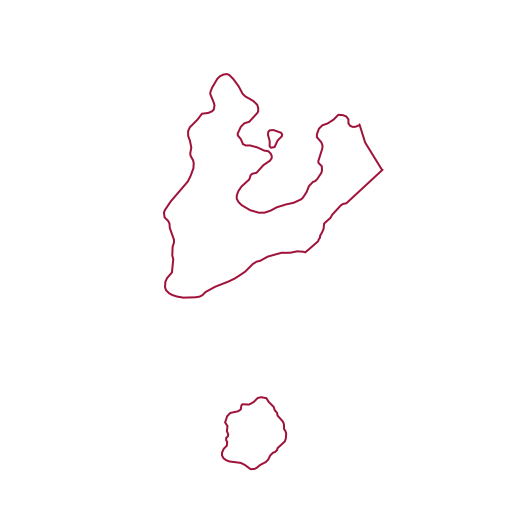 outline of Rabaul District, East New Britain, Papua New Guinea, rotated 225°
{"feature_id": "67681753B57084390213157", "entity_name": "Rabaul District", "entity_type": "district", "adm_level": 2, "iso_a3": "PNG", "parent_name": "Papua New Guinea", "parent_adm1": "East New Britain", "projection": "albers", "projection_center": [152.151, -4.184], "detail": "fine", "context": "isolated", "style": "outline", "palette": "rose", "viewbox_px": 512, "rotation_deg": 225, "n_neighbors": 0, "source": "geoboundaries", "source_scale": "gbopen_adm2", "svg_char_len": 2969}
<svg xmlns="http://www.w3.org/2000/svg" viewBox="0 0 512 512"><g transform="rotate(225 256 256)"><path d="M275.6,422.0L275.6,421.0L277.1,417.6L279.0,415.6L281.5,414.6L284.4,415.1L287.3,418.0L290.8,418.5L294.2,417.0L297.6,414.1L297.6,407.2L299.1,400.3L301.5,395.4L301.5,390.5L299.0,385.1L297.0,383.1L290.2,382.6L287.2,381.2L285.3,379.2L278.9,366.9L277.4,366.0L273.0,366.0L270.1,363.5L268.6,361.1L267.1,353.7L267.1,350.7L268.1,348.8L268.0,342.9L265.5,337.2L264.1,330.6L264.1,328.1L267.0,320.3L271.4,313.4L275.8,305.0L277.7,298.6L277.8,298.3L278.6,296.7L280.6,292.7L280.9,292.4L284.5,288.7L292.4,284.3L302.1,281.8L306.5,281.8L310.0,282.8L312.4,285.2L314.4,289.6L315.4,295.0L314.9,305.4L316.9,309.3L316.9,311.3L314.5,315.2L315.0,325.5L313.5,333.4L313.8,334.7L314.1,336.3L315.5,337.8L318.0,338.8L321.4,338.8L324.8,336.3L331.7,333.8L338.5,329.9L339.3,329.0L341.4,326.9L344.4,325.9L345.1,326.2L349.3,327.9L354.2,328.4L355.6,329.8L358.1,336.7L358.1,341.6L355.7,346.1L356.2,357.9L356.7,359.8L359.2,362.3L362.1,363.8L367.5,363.7L376.3,361.3L380.2,361.2L388.1,363.7L397.4,365.1L402.7,365.1L405.2,364.1L407.1,361.7L408.6,357.7L408.6,353.8L406.1,344.0L404.1,339.5L402.7,338.1L394.3,334.6L391.9,333.2L389.4,329.7L389.4,327.3L390.9,323.4L394.8,318.4L393.8,311.0L393.8,300.2L392.3,296.3L388.8,292.9L384.4,290.9L378.5,287.0L375.1,282.1L373.1,280.6L368.2,279.2L365.8,277.7L362.3,273.8L358.9,266.4L356.9,260.5L354.9,234.5L352.9,224.1L351.9,221.7L348.0,218.7L343.1,218.7L340.2,217.8L336.7,214.8L334.6,213.8L325.5,209.5L323.5,207.5L321.5,203.6L315.6,197.2L312.2,195.2L303.8,184.9L303.3,177.6L301.8,173.6L301.4,173.2L298.4,169.7L295.5,168.2L291.1,168.2L287.6,169.2L282.8,171.7L277.9,175.2L269.6,184.0L267.1,187.5L266.2,190.4L266.2,194.9L263.1,205.5L261.7,208.7L257.4,218.5L255.0,225.4L252.6,237.2L252.6,248.0L251.6,252.4L249.7,255.4L247.3,263.8L240.4,276.1L234.1,282.5L230.2,288.4L225.8,292.3L223.8,293.4L223.3,298.5L223.2,300.0L222.7,307.6L222.5,310.1L222.7,310.8L223.4,312.2L223.7,314.2L224.9,315.5L226.0,319.4L227.3,322.8L230.8,327.2L230.3,335.6L231.3,339.0L231.8,351.8L231.3,354.3L229.4,357.2L227.5,406.2L228.2,406.1L259.0,413.4L275.3,421.9L275.6,422.0ZM152.5,159.8L154.4,156.8L154.4,150.9L155.9,146.0L160.7,141.6L160.7,140.1L158.3,136.7L158.8,133.7L163.2,126.8L163.1,122.4L160.2,116.5L155.8,115.5L152.8,111.6L149.4,110.1L148.4,108.7L148.4,106.2L146.9,104.7L145.0,104.2L142.5,101.3L142.5,96.9L141.0,93.0L139.1,91.0L136.1,90.0L132.7,90.5L129.7,91.8L120.5,98.9L116.1,100.4L109.2,101.4L106.8,103.9L105.8,106.3L105.3,111.2L103.4,117.2L103.4,120.6L104.9,125.0L104.9,128.9L103.9,130.9L103.9,133.9L104.9,135.3L104.5,145.2L105.9,148.1L108.9,151.6L111.3,153.0L113.8,153.5L117.2,156.7L119.7,157.9L128.0,158.4L130.0,159.9L133.9,160.3L136.8,161.8L143.7,161.8L148.1,162.8L152.5,159.8ZM332.7,357.4L335.2,354.5L335.1,352.5L333.2,350.1L327.8,347.1L323.9,343.2L321.9,343.2L319.9,346.2L322.4,353.0L322.4,358.9L323.4,360.4L325.4,360.9L332.7,357.4Z" fill="none" stroke="#9f1239" stroke-width="2"/></g></svg>